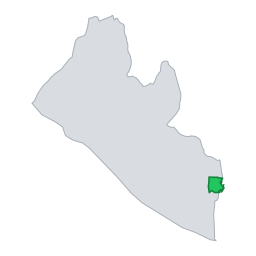 Glaro, River Gee, Liberia (highlighted)
{"feature_id": "62588387B27164468507335", "entity_name": "Glaro", "entity_type": "district", "adm_level": 2, "iso_a3": "LBR", "parent_name": "Liberia", "parent_adm1": "River Gee", "projection": "natural_earth1", "projection_center": [-7.495, 5.389], "detail": "fine", "context": "in_parent", "style": "filled", "palette": "green", "viewbox_px": 256, "rotation_deg": 0, "n_neighbors": 0, "source": "geoboundaries", "source_scale": "gbopen_adm2", "svg_char_len": 3778}
<svg xmlns="http://www.w3.org/2000/svg" viewBox="0 0 256 256"><path d="M32.0,103.2L34.5,100.8L38.1,93.0L43.2,85.6L47.9,81.2L51.6,76.7L55.6,73.2L61.3,69.2L69.9,58.5L72.0,57.3L73.4,49.9L75.6,40.5L78.1,37.6L84.0,35.8L85.4,34.2L87.5,27.6L88.8,19.9L88.9,18.2L91.3,18.0L95.2,16.3L97.5,17.1L98.6,19.3L99.1,21.2L111.1,16.4L112.2,15.4L112.8,15.5L114.3,19.9L115.2,19.6L115.9,18.3L116.7,18.2L117.6,18.8L118.6,20.8L120.1,22.6L122.7,23.9L124.4,25.7L124.2,30.3L124.8,34.8L125.9,35.9L126.5,38.5L126.8,41.5L127.5,43.1L127.9,46.0L127.7,49.2L128.1,51.5L130.1,55.4L131.2,60.2L131.2,63.7L130.5,67.3L129.3,70.7L127.0,74.3L126.8,75.7L128.2,76.7L130.2,76.9L131.9,76.1L136.1,77.8L138.4,80.2L140.3,83.1L142.1,84.6L142.9,86.5L145.9,86.0L149.4,84.2L150.1,83.3L151.2,83.8L153.5,84.0L155.0,80.8L156.3,77.0L159.0,73.0L160.4,71.4L160.7,68.9L160.9,65.6L161.9,62.7L164.1,61.1L166.6,61.1L167.9,61.7L168.5,64.5L170.5,66.6L172.2,68.1L173.0,68.7L174.4,70.3L175.8,76.0L180.9,94.1L180.7,99.2L179.7,102.4L179.6,105.6L179.3,108.8L176.1,114.0L166.7,124.6L167.4,125.5L169.7,126.8L171.9,127.4L173.8,127.1L176.2,129.7L178.7,133.0L181.4,134.8L185.2,136.3L188.6,136.5L191.5,135.9L195.6,136.5L199.9,139.3L201.4,143.9L202.4,147.8L203.9,149.8L204.1,153.3L207.2,156.3L211.6,156.9L217.3,160.4L218.7,160.3L219.3,159.8L220.0,160.5L221.4,170.7L222.5,176.1L222.0,178.3L221.2,180.0L221.2,188.3L218.6,193.0L218.2,198.2L217.4,199.9L214.7,201.4L214.7,205.4L214.0,210.2L213.7,215.3L214.4,228.8L214.6,238.8L215.8,240.6L210.5,239.8L194.8,232.2L182.6,227.8L142.1,202.8L130.9,192.8L117.9,177.8L89.0,147.8L82.5,142.9L74.2,140.6L69.0,138.0L65.4,135.3L62.5,126.9L55.3,121.9L42.0,114.9L32.0,103.2Z" fill="#d9dde1" stroke="#a8b0b8" stroke-width="1"/><path d="M219.5,192.5L219.5,192.4L219.4,192.1L219.5,191.7L219.2,191.5L218.9,191.3L219.0,190.8L219.1,190.7L219.3,190.5L219.5,190.8L219.8,190.7L220.1,190.3L220.3,190.2L220.5,190.2L220.8,190.0L221.0,189.7L221.4,189.6L221.8,189.6L221.8,189.9L221.6,190.2L221.5,190.4L221.3,190.4L221.2,190.5L221.3,190.8L221.6,190.8L221.7,191.0L221.4,191.5L221.2,191.7L221.2,191.8L221.3,191.9L221.5,191.8L221.8,191.7L222.1,191.2L222.5,190.3L222.7,190.2L222.9,190.1L223.0,189.9L222.9,189.6L222.8,189.2L222.9,188.8L223.1,188.7L223.2,188.9L223.1,189.0L223.4,188.8L223.6,188.7L223.7,188.3L223.8,188.1L224.0,187.8L224.0,187.7L223.6,187.5L223.4,187.4L223.3,187.2L223.3,186.8L223.3,186.5L223.4,185.6L223.6,184.9L223.4,184.9L223.1,185.0L223.0,185.3L223.0,185.7L222.9,185.9L222.7,186.1L222.3,185.8L222.0,185.6L221.8,185.4L221.7,185.3L221.5,185.1L221.3,184.7L221.2,184.1L221.0,183.6L220.7,183.4L220.8,183.3L220.8,183.2L220.4,182.8L220.3,182.5L220.3,182.3L220.4,182.1L220.5,181.9L220.8,182.1L220.8,182.3L221.5,182.6L221.6,182.4L221.7,182.2L221.8,181.8L221.8,181.6L221.5,180.8L221.4,180.6L221.4,180.1L221.6,179.7L221.8,179.6L222.0,179.7L222.2,179.4L222.3,179.2L222.3,178.9L222.3,178.7L222.4,178.4L222.5,178.3L222.5,178.1L222.4,178.1L221.9,178.2L221.5,178.3L221.1,178.3L220.9,178.2L220.6,177.9L220.4,177.9L219.7,177.9L218.9,177.9L218.3,177.9L217.8,177.2L217.1,177.2L216.6,177.2L216.2,177.3L215.6,177.3L214.2,177.2L212.6,177.2L212.2,177.2L211.3,177.2L211.1,177.2L210.0,177.0L209.4,177.1L209.1,177.1L209.1,177.4L209.1,177.7L209.0,178.0L208.9,178.2L209.0,178.5L209.0,178.8L209.0,179.4L208.9,179.6L209.0,180.1L209.0,180.7L208.9,181.2L208.8,182.0L208.7,182.6L208.7,183.5L208.6,184.2L208.5,185.2L208.4,185.9L208.3,186.6L208.5,187.4L208.5,187.8L208.7,188.6L208.7,189.4L208.8,189.8L208.9,190.8L209.0,191.3L209.1,191.7L209.2,192.2L209.3,192.5L209.6,192.3L210.0,192.1L210.3,191.7L210.8,191.3L211.3,191.0L211.7,190.8L212.2,190.7L212.4,190.7L212.6,191.1L213.0,191.4L213.2,191.6L213.4,191.7L213.7,191.9L214.1,192.1L214.4,192.5L214.9,192.5L215.4,192.5L216.9,192.5L217.9,192.5L219.5,192.5Z" fill="#22c55e" stroke="#15803d" stroke-width="1.5"/></svg>